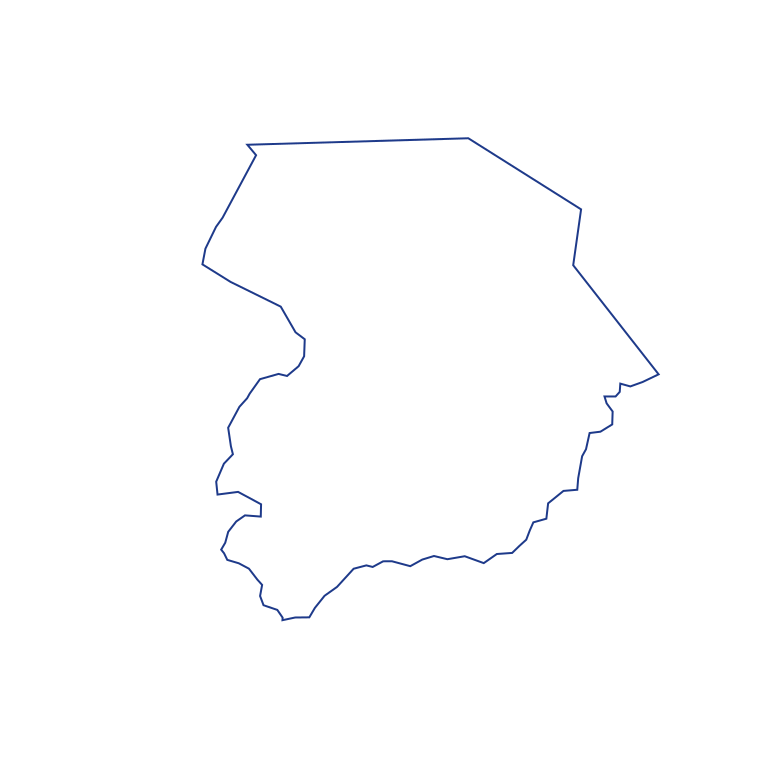 Prastio Kellakiou, Limassol, Cyprus (Robinson projection), rotated 209°
{"feature_id": "46923920B33838275162727", "entity_name": "Prastio Kellakiou", "entity_type": "district", "adm_level": 2, "iso_a3": "CYP", "parent_name": "Cyprus", "parent_adm1": "Limassol", "projection": "robinson", "projection_center": [33.132, 34.803], "detail": "fine", "context": "isolated", "style": "outline", "palette": "blue", "viewbox_px": 768, "rotation_deg": 209, "n_neighbors": 0, "source": "geoboundaries", "source_scale": "gbopen_adm2", "svg_char_len": 1246}
<svg xmlns="http://www.w3.org/2000/svg" viewBox="0 0 768 768"><g transform="rotate(209 384 384)"><path d="M358.3,128.2L348.5,136.7L336.2,143.7L335.9,154.7L333.3,170.0L326.7,183.8L321.0,207.7L311.5,216.8L305.2,218.5L298.8,228.5L291.2,232.8L272.7,237.4L265.4,249.0L256.9,257.8L243.6,261.5L229.9,272.5L209.9,275.7L202.9,290.0L190.0,298.4L187.0,308.3L184.1,316.8L185.5,326.6L186.3,335.4L176.7,344.9L182.6,359.2L175.2,377.5L163.7,385.2L168.5,395.8L175.7,416.9L175.7,424.9L180.4,440.8L171.6,447.2L164.8,459.3L170.7,470.8L179.9,475.0L185.1,480.0L175.4,485.4L174.0,491.4L177.5,498.9L167.4,501.3L158.8,511.1L148.5,525.6L276.1,579.6L296.3,632.3L296.7,632.3L429.4,639.8L433.1,637.6L619.5,527.0L606.8,522.1L605.8,451.2L607.1,440.0L605.8,415.8L600.8,400.6L567.7,398.9L511.8,401.6L486.4,386.3L475.0,384.7L467.3,369.5L467.3,358.2L472.7,344.0L481.1,341.7L494.8,328.1L496.8,310.5L496.8,305.2L499.4,294.0L499.1,270.2L487.7,255.3L482.1,249.3L485.4,236.7L483.4,217.2L476.0,206.6L459.3,218.9L433.2,219.2L427.5,208.3L441.9,201.7L446.6,192.1L448.6,179.2L445.9,168.2L446.1,160.2L441.8,158.4L435.8,154.2L424.1,156.8L412.6,157.0L399.9,151.5L393.2,149.2L389.6,138.5L382.1,132.1L367.8,134.7L359.4,130.5L358.3,128.2Z" fill="none" stroke="#1e3a8a" stroke-width="2"/></g></svg>